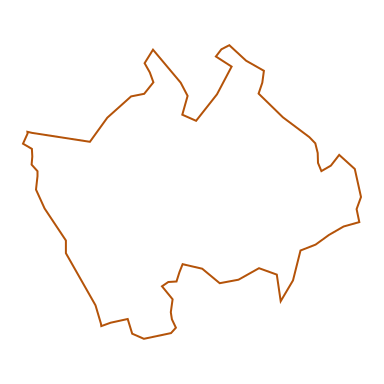 an SVG outline of Hîncesti
{"feature_id": "MDA-1639", "entity_name": "Hîncesti", "entity_type": "District", "adm_level": 1, "iso_a3": "MDA", "parent_name": "Moldova", "parent_adm1": "", "projection": "natural_earth1", "projection_center": [28.404, 46.831], "detail": "fine", "context": "isolated", "style": "outline", "palette": "amber", "viewbox_px": 384, "rotation_deg": 0, "n_neighbors": 0, "source": "natural_earth", "source_scale": "10m", "svg_char_len": 1005}
<svg xmlns="http://www.w3.org/2000/svg" viewBox="0 0 384 384"><path d="M36.6,184.2L37.5,176.2L37.5,171.2L31.6,164.6L32.3,156.6L31.9,148.9L23.0,143.7L27.6,133.5L27.4,131.8L32.1,132.9L89.9,141.8L107.3,117.7L131.1,96.4L144.2,93.8L153.4,82.3L149.8,72.4L144.6,63.2L153.0,49.7L180.7,82.7L187.6,95.9L182.3,114.7L196.1,120.8L217.0,94.3L231.6,66.6L215.9,56.5L221.4,49.3L229.3,45.2L246.1,60.7L263.9,70.8L262.3,82.7L258.6,93.6L282.9,117.3L309.3,137.1L315.3,143.3L317.7,153.0L318.0,162.9L321.4,171.1L330.9,165.6L339.2,154.9L354.8,169.0L361.0,197.0L356.6,209.1L359.3,222.1L343.6,226.5L329.0,234.9L315.6,244.6L300.5,250.5L293.0,280.4L280.7,301.2L276.8,274.6L259.0,268.2L238.5,279.7L219.7,283.2L202.2,268.7L182.6,264.2L179.4,272.3L176.5,281.5L168.3,282.0L162.0,286.3L172.6,299.3L170.8,312.2L171.9,319.3L175.9,327.7L171.0,333.1L143.9,338.8L132.2,333.7L127.7,319.0L110.7,322.7L101.3,326.1L100.9,323.5L95.5,305.3L65.9,253.2L65.9,240.5L44.6,208.5L36.0,189.6L36.6,184.2Z" fill="none" stroke="#b45309" stroke-width="2"/></svg>